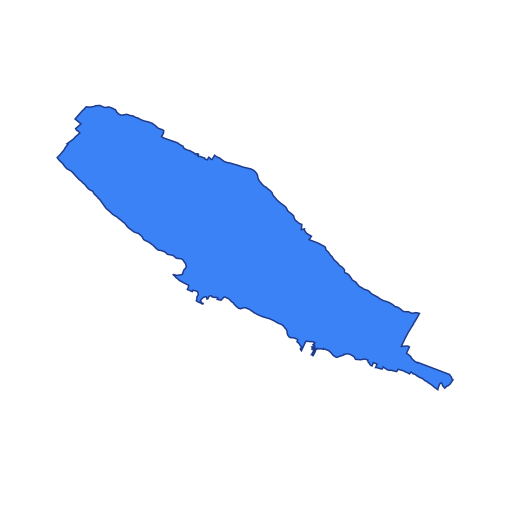 outline of Rachitoasa, Bacau, Romania, rotated 139°
{"feature_id": "2599482B49399369103470", "entity_name": "Rachitoasa", "entity_type": "district", "adm_level": 2, "iso_a3": "ROU", "parent_name": "Romania", "parent_adm1": "Bacau", "projection": "equal_earth", "projection_center": [27.372, 46.464], "detail": "fine", "context": "isolated", "style": "filled", "palette": "blue", "viewbox_px": 512, "rotation_deg": 139, "n_neighbors": 0, "source": "geoboundaries", "source_scale": "gbopen_adm2", "svg_char_len": 6100}
<svg xmlns="http://www.w3.org/2000/svg" viewBox="0 0 512 512"><g transform="rotate(139 256 256)"><path d="M330.9,296.7L330.5,294.1L330.5,292.2L330.1,290.2L329.9,287.9L328.6,284.3L326.0,277.9L327.8,276.7L329.8,275.8L327.5,271.0L326.3,271.7L324.4,269.3L323.5,267.7L323.9,266.4L325.0,264.5L327.5,263.9L328.5,262.6L330.4,261.4L329.8,259.0L328.6,257.0L328.2,255.4L327.6,254.6L327.0,254.9L328.2,257.2L327.2,257.9L327.4,258.6L326.8,259.0L323.4,259.3L322.3,259.1L321.5,258.6L320.8,258.5L320.4,258.2L320.4,257.5L320.6,256.7L321.3,255.9L320.6,255.3L318.5,256.1L317.6,256.3L316.8,256.1L315.8,255.2L316.0,253.9L315.1,252.8L314.9,252.3L313.7,251.4L312.7,250.3L312.3,249.2L313.7,248.8L312.5,246.9L311.3,246.0L311.4,245.6L307.0,246.0L306.0,244.8L304.7,241.5L304.5,240.3L304.5,237.9L303.9,235.4L304.1,233.7L304.0,231.5L303.4,227.8L303.0,227.5L302.2,226.2L300.0,225.4L298.4,224.4L297.4,223.1L296.9,221.7L295.7,219.6L295.7,218.4L295.0,216.5L294.8,214.7L294.1,213.2L293.1,210.5L290.8,205.7L286.7,199.4L285.1,195.7L283.3,190.6L281.6,187.5L281.4,186.0L281.1,184.8L281.4,183.1L281.3,181.0L281.7,179.1L283.1,177.4L284.0,175.1L284.0,172.9L283.5,171.7L281.3,169.6L280.7,168.6L279.6,166.4L279.4,165.3L281.3,164.5L280.9,161.3L281.4,159.5L281.2,157.7L283.6,156.7L283.9,155.5L283.9,154.7L274.7,158.8L273.7,158.5L271.8,156.3L269.1,153.7L268.4,152.1L268.4,151.8L268.7,151.8L271.3,151.7L271.2,150.9L270.3,150.9L270.1,150.7L270.3,150.3L270.8,150.1L272.9,150.1L273.5,150.7L273.7,149.9L273.2,149.8L274.1,149.5L273.1,149.5L272.9,149.3L274.9,149.1L274.9,148.7L272.2,148.9L271.6,148.6L272.2,148.4L272.3,147.9L274.2,147.3L275.3,146.4L278.8,145.2L278.1,144.7L272.9,147.2L272.7,146.6L275.9,144.9L277.6,144.4L277.7,143.9L278.5,143.6L278.3,143.3L274.5,144.8L271.5,146.5L271.1,145.7L270.3,146.0L269.8,145.0L267.5,143.0L266.4,141.4L265.7,141.8L264.5,139.1L263.5,137.5L263.0,135.5L262.8,132.5L263.0,130.6L262.0,127.1L261.4,126.4L257.8,125.1L256.5,124.4L255.1,123.9L254.3,124.1L254.2,123.7L252.9,123.3L251.2,122.2L250.1,120.9L249.4,119.7L248.4,116.7L248.1,115.0L248.6,113.5L248.6,112.7L248.1,112.0L246.3,110.4L245.5,109.3L242.0,107.2L241.1,106.4L240.7,105.9L240.5,105.1L239.9,104.2L240.2,104.1L241.0,101.9L240.9,100.6L241.3,98.6L240.9,97.5L240.5,96.9L237.4,98.5L236.1,96.2L235.6,94.9L239.0,93.4L237.9,92.3L236.0,89.1L234.8,87.9L232.8,88.8L231.6,84.0L230.1,81.9L228.3,80.7L228.3,80.1L225.7,76.5L223.7,77.0L223.1,77.4L220.0,72.5L219.4,71.1L219.5,70.9L218.4,68.9L217.5,66.3L215.1,66.8L214.9,66.1L214.8,64.2L213.5,62.1L213.2,60.0L212.6,58.7L212.5,57.7L210.6,53.9L210.4,51.3L209.4,49.2L209.3,47.8L208.2,44.5L207.5,40.1L206.5,35.8L204.8,37.1L201.4,38.9L200.1,38.9L199.4,38.8L199.4,38.4L199.5,37.5L200.3,35.3L200.1,34.5L200.3,33.3L200.1,33.2L200.2,32.4L197.5,32.6L196.7,32.4L196.5,32.1L193.7,32.0L188.5,33.3L188.8,34.8L188.0,36.1L187.9,38.3L187.6,39.5L203.7,69.6L204.2,69.4L205.1,71.6L205.7,75.4L205.5,77.4L205.2,78.4L205.7,81.9L206.2,83.9L199.9,86.7L200.1,87.7L201.1,89.0L205.6,92.4L199.0,95.4L191.1,98.5L185.1,100.4L182.7,101.0L181.4,101.5L180.1,102.3L179.5,102.2L177.9,102.7L170.3,105.4L171.0,106.5L172.5,108.4L175.9,110.4L177.5,113.9L180.9,117.0L181.4,118.5L181.6,120.4L182.4,123.9L183.2,125.2L184.3,126.5L184.7,129.7L185.9,133.3L187.4,136.1L189.0,138.5L190.3,141.6L191.1,145.1L193.6,151.7L193.8,155.4L194.3,156.8L196.5,160.6L196.9,162.6L198.1,165.5L197.9,167.1L198.1,168.2L197.8,169.6L197.8,170.7L199.1,175.0L198.7,176.4L198.3,180.9L198.8,183.1L199.9,185.1L199.8,185.8L198.4,187.4L198.2,188.8L198.4,191.4L199.2,194.2L199.0,197.0L199.6,201.7L199.2,205.0L199.0,205.6L199.3,208.4L198.8,211.0L199.2,214.9L198.1,216.6L197.9,217.4L198.2,218.6L200.6,224.9L205.2,233.5L201.2,234.5L203.0,240.2L202.6,243.3L202.3,244.0L201.6,244.7L204.5,246.0L204.4,246.4L204.2,246.3L200.7,249.8L202.0,252.2L202.3,253.5L202.5,255.9L203.0,256.9L202.3,259.4L201.2,261.9L201.7,265.6L202.5,268.8L201.5,272.8L201.5,273.9L202.9,280.7L203.4,284.4L203.3,290.9L202.3,293.4L202.4,296.2L202.9,298.4L203.3,301.4L204.1,303.5L204.3,305.8L204.2,310.6L203.3,313.8L202.3,315.2L201.5,317.0L201.3,318.8L201.4,321.7L202.6,324.9L207.1,331.1L208.3,333.0L208.9,334.3L214.9,343.7L216.3,345.2L218.0,348.2L219.2,353.8L220.4,356.3L221.1,358.4L221.1,359.2L225.7,357.7L225.9,358.1L226.7,358.3L226.5,360.2L226.8,361.5L229.7,360.5L230.9,362.5L230.5,363.7L230.7,364.2L231.1,364.5L232.9,367.9L234.2,368.9L233.7,369.5L233.6,369.9L233.9,370.1L232.6,370.5L232.6,370.8L233.6,372.0L234.4,371.9L234.8,372.2L235.1,372.9L234.8,373.3L236.8,378.9L238.5,381.3L239.7,384.5L239.1,387.0L240.6,390.4L240.6,391.4L240.9,392.7L248.2,405.6L249.0,407.8L249.0,408.1L248.7,408.3L247.5,408.5L244.4,409.8L245.2,409.8L243.4,411.0L243.6,412.3L246.0,416.6L246.4,420.4L247.0,422.7L247.1,423.9L249.0,427.4L251.1,430.4L251.5,430.7L253.7,435.0L254.6,437.8L255.3,438.5L256.4,440.7L256.8,442.2L258.8,444.6L260.6,447.8L264.9,450.3L265.4,450.8L266.4,453.0L266.6,453.9L266.5,455.0L266.8,455.6L266.2,457.6L266.3,458.3L266.1,458.8L266.8,459.7L267.0,460.8L268.3,463.5L269.4,465.1L269.8,465.6L271.2,466.1L273.1,467.8L275.0,472.0L278.5,474.7L279.9,475.0L283.4,477.1L286.3,480.0L290.6,479.5L291.7,479.6L302.7,478.1L301.4,470.5L308.6,470.5L308.9,468.3L308.3,467.1L308.2,464.4L314.4,464.4L316.6,464.0L325.0,464.7L324.6,463.8L328.9,462.9L331.3,462.0L337.5,461.0L341.5,460.7L341.7,456.8L341.2,452.8L341.6,449.2L341.5,446.0L339.7,441.2L339.5,437.3L339.6,434.8L339.4,432.9L339.4,430.2L338.8,427.0L338.7,424.4L338.2,422.3L338.5,419.5L338.4,417.8L338.5,416.6L337.5,413.6L336.9,412.5L336.8,411.7L337.4,408.8L337.0,404.7L337.2,402.8L336.8,401.7L337.9,390.2L337.2,385.7L336.9,382.0L336.3,379.4L335.6,377.7L335.0,375.4L335.1,374.5L334.5,372.3L334.1,369.1L333.6,367.2L333.7,364.1L333.9,363.0L333.7,360.5L332.8,356.9L332.9,356.6L332.1,353.7L330.1,350.4L329.6,348.3L329.3,345.7L330.0,342.2L329.6,340.8L328.0,337.2L327.5,335.4L326.6,331.4L326.4,327.2L326.0,324.8L323.9,322.2L321.9,318.4L321.8,315.5L318.8,311.7L318.2,310.3L317.9,309.7L317.8,307.3L317.3,306.2L314.2,302.8L313.7,301.6L314.3,296.0L315.1,294.9L315.5,293.6L318.4,292.8L319.5,292.8L323.1,290.9L323.3,290.5L324.4,290.7L328.4,293.3L330.9,296.7Z" fill="#3b82f6" stroke="#1e3a8a" stroke-width="1.5"/></g></svg>